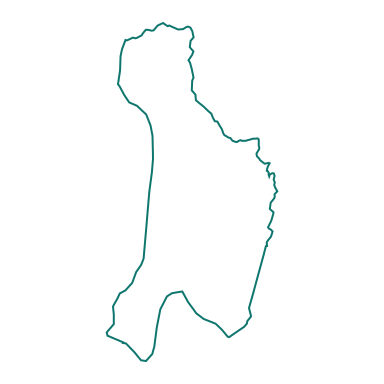 outline of Panta, Bong, Liberia
{"feature_id": "62588387B50517390877930", "entity_name": "Panta", "entity_type": "district", "adm_level": 2, "iso_a3": "LBR", "parent_name": "Liberia", "parent_adm1": "Bong", "projection": "natural_earth1", "projection_center": [-9.186, 7.22], "detail": "fine", "context": "isolated", "style": "outline", "palette": "teal", "viewbox_px": 384, "rotation_deg": 0, "n_neighbors": 0, "source": "geoboundaries", "source_scale": "gbopen_adm2", "svg_char_len": 2735}
<svg xmlns="http://www.w3.org/2000/svg" viewBox="0 0 384 384"><path d="M273.5,212.3L269.8,208.9L270.7,202.7L274.2,198.3L274.7,196.9L274.6,194.2L277.3,191.3L275.2,187.6L274.2,185.0L274.8,182.4L273.7,179.6L274.6,175.8L273.8,173.4L272.4,173.2L269.9,174.4L269.2,176.4L268.6,174.6L268.8,173.1L267.7,171.1L266.8,170.8L267.0,169.3L267.9,166.4L269.2,164.2L269.6,163.3L268.6,162.8L266.4,163.4L265.1,163.7L264.7,163.7L262.9,162.4L261.4,161.2L260.2,160.2L259.9,159.9L259.3,158.7L257.5,156.8L256.9,156.2L256.5,153.6L258.2,150.7L259.2,149.1L259.2,147.0L258.7,145.3L258.8,142.0L258.7,139.3L257.5,138.4L255.3,138.7L253.1,138.7L245.6,140.8L241.7,140.8L240.7,140.2L239.3,140.6L236.7,142.1L235.0,141.7L232.6,140.8L231.4,139.4L230.5,138.1L228.3,137.5L226.0,136.0L225.1,135.5L224.4,135.2L223.2,133.1L221.9,129.2L219.7,125.8L217.4,121.6L214.8,121.2L212.9,117.7L211.4,113.8L208.2,111.0L203.4,106.4L198.3,102.3L195.9,100.2L195.5,95.6L195.5,94.7L191.8,90.4L192.2,80.7L193.5,77.5L191.7,68.8L190.0,62.6L188.5,60.3L192.1,54.9L193.4,51.4L189.8,47.2L190.6,40.8L193.6,37.4L192.3,31.2L190.4,27.6L188.1,26.6L186.2,27.1L183.1,29.1L178.1,29.5L169.2,25.5L167.7,26.2L164.1,23.8L163.0,23.0L157.6,25.6L153.7,30.3L151.8,30.7L148.0,29.8L145.8,29.8L143.2,32.9L141.6,35.4L136.8,37.9L135.1,38.3L133.0,37.6L127.0,40.4L125.5,40.0L122.0,49.3L120.6,55.9L120.5,57.6L120.2,66.7L120.0,70.9L118.0,84.2L119.5,86.2L124.2,94.9L124.3,95.1L129.2,102.4L137.0,105.8L146.1,114.4L146.3,114.7L150.3,124.9L150.5,125.4L152.5,135.7L152.9,152.2L153.0,158.9L152.9,160.3L151.9,172.2L149.3,191.8L148.0,207.1L147.9,208.4L146.2,228.7L146.1,229.7L143.6,258.6L141.3,264.6L140.8,265.4L136.2,272.0L132.2,282.9L125.3,290.5L119.8,293.4L117.6,298.2L113.9,304.7L113.0,306.5L113.8,314.5L113.8,321.2L113.8,324.1L106.7,332.4L107.3,334.7L107.5,335.7L123.3,342.4L123.0,343.0L125.9,343.4L134.5,352.3L137.1,355.5L139.2,358.1L141.1,360.3L146.0,361.0L152.3,354.0L153.1,350.9L153.8,348.5L154.3,346.7L155.0,341.3L156.8,327.4L160.3,309.4L166.9,296.5L167.8,295.9L168.8,295.2L172.0,293.2L177.8,292.2L179.7,291.9L182.3,291.5L184.7,295.9L188.1,302.1L193.7,309.7L195.0,311.5L195.3,312.0L196.4,313.4L202.2,317.8L203.9,319.1L204.8,319.4L210.9,321.8L215.6,323.7L221.9,329.7L227.7,336.7L228.2,336.9L229.0,337.2L230.3,336.3L232.9,334.5L243.7,327.1L244.1,326.9L246.7,323.8L246.9,323.6L247.3,321.1L250.8,316.8L251.0,316.1L250.5,313.8L250.1,312.3L249.0,308.0L252.1,297.0L253.3,292.8L256.6,280.6L258.2,274.8L261.2,263.8L263.8,254.3L264.5,251.5L265.9,246.1L267.1,245.9L266.7,242.8L266.8,242.2L268.4,239.8L270.8,236.9L271.0,236.6L272.1,233.1L272.3,232.4L272.6,231.5L271.8,230.6L271.3,230.0L271.2,229.9L268.6,228.3L268.1,227.3L268.3,226.8L271.2,220.9L271.7,219.3L273.2,214.2L273.5,212.3Z" fill="none" stroke="#0f766e" stroke-width="2"/></svg>